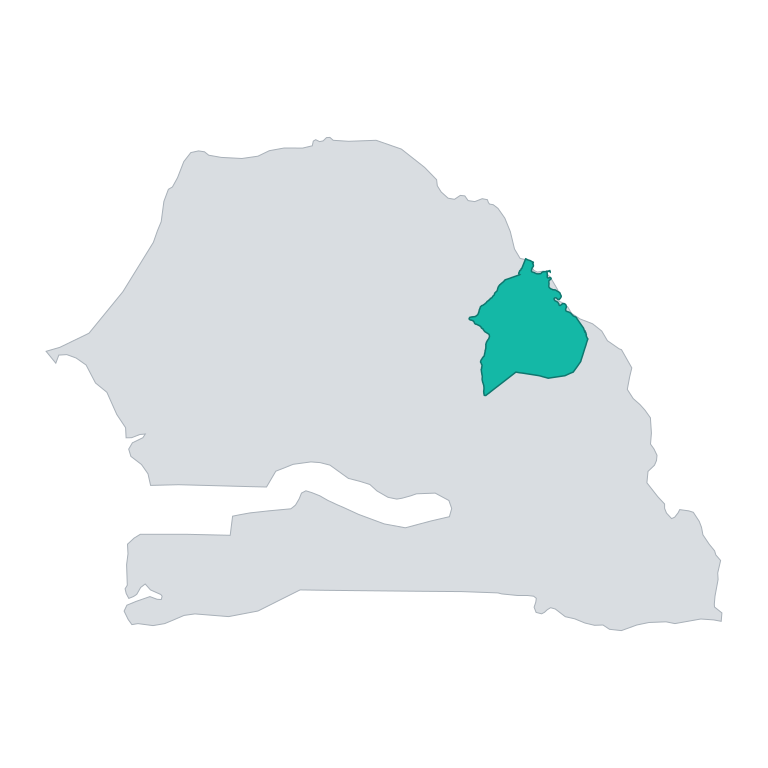 location of Kanel, Matam, Senegal
{"feature_id": "50182788B72122084264725", "entity_name": "Kanel", "entity_type": "district", "adm_level": 2, "iso_a3": "SEN", "parent_name": "Senegal", "parent_adm1": "Matam", "projection": "albers", "projection_center": [-13.164, 15.01], "detail": "fine", "context": "in_parent", "style": "filled", "palette": "teal", "viewbox_px": 768, "rotation_deg": 0, "n_neighbors": 0, "source": "geoboundaries", "source_scale": "gbopen_adm2", "svg_char_len": 8909}
<svg xmlns="http://www.w3.org/2000/svg" viewBox="0 0 768 768"><path d="M621.5,349.7L631.8,367.9L629.7,376.6L627.3,389.4L633.2,398.6L640.1,404.7L645.0,410.2L650.4,417.8L651.4,433.1L650.5,444.1L654.0,449.0L657.0,455.3L656.5,460.5L654.5,465.2L648.0,471.4L646.9,482.8L657.7,496.6L664.6,504.0L664.6,508.4L666.5,513.1L671.6,518.6L674.7,517.2L678.2,512.7L679.7,509.6L688.9,510.9L693.3,512.3L699.2,521.3L701.5,527.3L702.9,534.8L709.2,544.2L714.6,550.8L715.8,554.9L720.6,560.5L717.7,573.0L718.1,579.4L715.0,596.1L714.3,604.1L714.5,607.0L721.9,612.9L721.2,621.3L713.7,619.9L700.8,619.0L674.9,623.6L666.0,621.8L648.9,622.5L636.8,625.0L621.4,630.6L609.5,629.3L603.0,625.0L594.5,625.3L584.9,623.0L574.7,618.8L565.3,616.7L555.3,609.0L550.6,607.7L547.3,609.7L544.5,612.3L541.6,613.8L536.1,612.4L534.1,607.2L535.8,602.1L536.3,598.3L533.7,596.2L527.6,595.5L517.7,595.5L501.7,593.9L498.0,592.9L462.3,591.6L425.2,591.3L393.7,591.0L354.0,590.6L326.1,590.3L300.1,589.9L279.9,600.0L258.0,611.0L228.6,616.6L194.9,613.9L184.1,615.4L172.9,620.2L164.7,623.6L153.0,625.6L138.0,623.6L131.9,624.6L128.2,619.5L124.1,611.1L126.9,605.2L136.1,601.4L149.9,596.6L157.1,599.3L161.3,599.5L162.1,596.2L160.8,594.5L150.5,589.9L145.2,584.0L140.7,587.4L136.7,594.4L133.5,596.5L128.8,598.4L126.2,593.5L125.1,588.8L127.3,585.2L126.6,564.7L128.0,553.8L127.5,544.2L134.1,538.1L140.3,534.3L164.4,534.3L186.7,534.3L208.3,534.8L230.2,535.3L232.6,516.2L239.5,514.8L250.0,512.9L269.3,510.8L290.9,508.8L295.5,505.1L299.2,498.8L301.5,493.1L305.9,490.8L312.0,492.7L319.8,495.8L328.0,500.5L337.3,504.8L343.6,507.5L358.6,514.4L384.2,523.9L405.3,527.8L430.9,521.0L449.4,516.7L451.7,508.5L448.9,500.5L435.2,493.1L416.5,493.8L410.8,495.8L402.1,498.2L396.8,499.1L388.0,497.3L376.9,490.9L369.9,484.5L360.1,481.4L348.4,478.4L329.9,465.1L320.1,462.6L310.9,461.9L293.2,464.3L275.8,471.2L266.5,487.0L249.2,486.6L212.4,485.6L178.5,484.7L150.6,485.4L148.0,473.8L141.5,464.5L130.9,456.4L128.7,449.1L132.4,442.8L142.9,437.7L145.3,434.0L139.8,434.5L131.6,437.7L126.1,437.8L125.6,427.7L116.8,414.5L106.9,392.3L95.5,383.0L86.1,365.0L76.1,358.0L66.8,354.6L58.8,355.1L55.8,363.2L46.1,351.3L59.7,347.4L89.0,333.2L122.9,291.7L153.4,242.3L157.5,230.6L161.2,221.7L163.9,201.4L168.4,189.3L172.4,187.0L177.5,177.8L183.8,161.6L190.8,152.6L198.5,150.9L204.5,151.8L208.7,155.2L221.2,157.4L241.9,158.5L257.9,156.2L269.3,150.7L284.2,148.0L302.6,148.1L312.3,145.8L313.3,141.1L315.7,139.7L319.5,141.6L323.1,140.9L326.5,137.6L329.9,137.4L333.2,140.3L348.6,141.3L376.1,140.3L401.4,149.1L424.6,167.4L436.6,179.7L437.3,185.8L441.2,192.0L448.1,198.2L454.5,199.3L460.3,195.4L464.8,195.9L468.1,200.6L474.8,201.6L482.2,198.7L487.4,199.7L488.4,202.6L489.6,204.1L493.2,204.7L498.0,208.4L504.8,218.1L510.3,231.6L514.5,249.0L520.1,258.4L527.1,260.0L531.2,263.6L532.0,267.7L534.0,270.5L537.4,272.1L543.3,271.1L550.2,277.0L557.7,289.7L558.8,295.5L557.7,298.6L558.1,300.8L563.1,303.0L567.8,307.1L571.6,313.4L579.9,318.9L592.6,323.8L601.8,331.1L607.4,340.7L619.1,348.8L621.5,349.7Z" fill="#d9dde1" stroke="#a8b0b8" stroke-width="1"/><path d="M579.3,322.1L576.7,318.3L576.5,317.7L576.3,317.5L575.1,316.7L573.9,316.3L573.4,316.0L573.0,315.7L572.5,315.1L571.9,314.5L571.1,313.5L569.9,312.6L569.4,312.3L567.8,311.7L566.7,311.4L566.0,310.9L565.8,310.6L565.7,310.2L565.6,309.5L566.0,308.0L566.4,307.1L566.4,306.9L566.3,306.3L565.8,304.8L565.6,304.5L565.5,304.4L564.9,304.0L564.2,303.6L563.6,303.6L562.9,303.7L562.4,303.8L562.1,304.0L560.4,305.4L559.9,305.5L559.5,305.4L559.2,305.2L559.0,304.9L559.0,304.5L558.7,303.5L558.2,302.9L557.5,302.1L556.5,301.4L555.7,301.1L555.0,300.7L554.3,299.8L554.1,299.1L554.1,298.5L554.4,298.2L554.7,298.0L555.6,297.8L556.3,297.9L557.0,298.6L557.7,299.3L558.1,299.4L559.0,299.5L559.4,299.5L559.5,299.3L559.6,299.0L559.8,298.8L560.1,298.5L560.8,297.5L561.2,296.7L561.2,296.0L561.1,295.7L560.4,294.3L559.9,292.9L559.5,292.5L558.5,291.8L557.2,291.1L555.9,290.2L555.2,289.9L552.8,289.7L551.9,289.2L550.7,288.8L549.5,287.8L549.1,287.3L548.8,286.5L548.8,285.7L548.9,285.1L549.0,283.7L549.0,283.2L548.8,282.1L548.9,281.0L549.1,280.6L550.0,279.8L550.6,279.4L550.9,279.0L551.0,278.7L551.1,278.4L550.9,278.0L550.3,277.6L549.5,277.7L548.3,278.0L548.0,278.0L547.6,277.8L547.3,277.4L547.2,277.1L547.2,276.8L547.3,275.0L547.3,273.9L547.0,272.8L547.2,271.8L547.6,271.7L548.2,271.4L548.7,271.2L549.0,271.4L549.6,271.5L549.9,271.8L550.2,272.0L550.2,271.4L550.1,271.2L549.8,271.1L549.6,270.9L549.8,270.8L549.8,270.6L549.5,270.6L548.6,271.0L548.3,271.0L547.9,271.1L547.8,271.5L547.6,271.5L547.4,271.5L547.1,271.2L546.7,271.1L546.2,271.4L545.5,271.6L545.3,271.6L544.6,271.6L543.2,271.8L542.6,272.0L541.8,272.5L541.5,272.8L541.1,273.4L540.9,273.5L540.4,273.7L539.8,273.7L538.2,273.9L537.1,273.8L536.2,273.6L534.9,273.0L534.5,272.7L534.0,272.5L533.4,272.3L532.5,272.1L532.1,271.9L531.6,271.6L531.5,271.4L531.4,270.8L531.6,270.4L531.7,269.2L531.9,268.6L532.2,267.9L533.2,266.5L533.4,266.1L533.4,265.7L533.4,265.1L533.2,264.5L533.1,264.3L532.7,263.7L532.6,263.3L533.0,263.1L533.3,262.9L533.3,262.7L533.3,262.3L533.0,262.0L531.8,261.6L531.3,261.2L530.2,260.6L527.6,259.8L526.4,259.1L526.4,259.3L526.5,259.4L526.8,259.5L526.7,259.5L526.2,259.3L525.9,259.0L525.6,258.9L521.8,268.4L521.5,268.5L521.4,268.6L521.1,268.9L520.8,270.0L520.4,270.4L520.1,270.4L519.9,270.5L519.7,270.8L519.6,271.0L519.3,271.9L519.3,272.1L519.0,272.4L518.8,272.9L518.7,273.5L518.9,274.0L519.8,274.6L519.6,274.7L519.4,274.9L518.7,275.1L516.4,275.9L515.9,276.1L514.4,276.6L513.1,277.1L511.8,277.5L509.5,278.4L509.1,278.5L506.8,279.3L506.4,279.4L505.0,279.9L504.7,280.4L504.3,280.7L504.2,280.9L504.0,281.1L503.6,281.6L501.4,283.4L501.2,283.7L500.9,283.8L500.4,284.4L499.7,284.8L499.5,285.3L499.2,285.5L499.0,285.9L498.5,286.5L497.8,288.2L497.2,290.6L497.0,290.8L496.8,291.2L496.1,291.7L495.6,292.3L495.2,292.6L494.9,292.9L494.5,293.8L494.4,294.5L494.1,295.1L493.9,295.3L493.4,295.6L492.8,296.3L491.9,297.7L491.6,298.0L491.4,298.0L491.1,298.2L490.6,298.3L490.4,298.4L490.1,299.1L489.8,299.4L489.4,299.6L489.2,299.8L489.1,300.1L488.8,300.2L488.5,300.6L488.1,300.8L487.7,301.1L487.4,301.2L486.9,301.7L486.5,302.4L485.8,303.1L485.4,303.3L485.2,303.5L485.0,303.8L483.7,304.7L483.5,304.8L483.3,305.0L482.9,305.2L482.7,305.4L481.8,305.6L480.8,306.5L480.5,306.9L480.4,306.9L480.3,307.0L480.1,308.2L479.9,308.4L479.7,308.9L479.6,309.4L479.4,309.5L479.2,310.5L479.0,311.1L479.0,311.4L478.9,311.9L478.6,312.3L478.7,312.6L477.9,314.3L477.8,314.5L477.7,314.7L477.3,315.1L476.6,315.5L476.0,316.1L475.5,316.3L475.2,316.6L474.8,316.7L474.3,316.6L472.8,316.9L472.6,316.8L472.3,316.9L472.0,317.0L471.9,316.9L471.7,317.0L471.2,317.0L470.9,317.1L470.6,317.2L469.9,317.3L469.7,317.7L469.5,317.8L469.2,318.3L469.1,318.8L469.3,319.3L469.6,319.5L469.8,319.7L470.1,319.9L471.2,320.2L471.5,320.1L472.3,320.5L472.6,320.6L472.8,320.6L473.1,320.9L473.3,321.2L473.6,321.3L474.1,322.0L474.4,322.9L474.6,323.3L475.4,324.1L476.5,324.3L476.8,324.4L477.1,324.6L477.5,324.7L478.4,325.3L479.4,325.6L479.7,325.8L479.9,326.1L480.5,326.4L480.7,326.7L481.0,327.0L481.2,327.4L481.6,327.9L481.5,328.0L481.8,328.3L483.0,328.9L483.1,329.4L483.6,330.0L484.1,330.8L484.7,331.4L485.0,331.8L485.3,332.0L486.1,332.4L487.4,333.3L488.1,333.7L489.1,334.4L489.3,335.2L489.5,336.4L489.4,336.9L489.3,337.1L489.1,337.7L488.9,338.2L488.7,338.8L488.2,339.4L487.4,340.5L486.8,341.7L486.4,342.3L486.3,343.0L485.8,344.3L485.9,345.7L485.8,346.2L485.9,346.4L485.8,347.8L485.9,348.2L485.6,348.8L485.4,350.1L485.2,350.4L485.1,350.8L485.2,351.4L485.1,351.6L485.0,352.0L484.8,353.1L484.6,353.6L484.4,355.0L484.2,355.7L484.2,356.0L484.0,356.3L483.7,356.4L483.2,356.9L483.0,357.3L482.4,358.0L482.0,358.8L481.2,359.9L481.0,360.4L480.6,361.3L480.6,361.9L480.6,362.3L481.1,363.0L481.4,363.7L481.5,364.2L481.8,364.7L482.0,365.1L482.0,365.9L481.8,366.7L481.8,367.3L481.6,367.6L481.7,368.0L481.6,368.3L481.6,368.7L481.2,369.3L481.2,369.8L481.3,370.2L481.4,370.8L481.5,372.0L481.7,372.9L481.9,374.4L482.3,376.1L482.3,376.9L482.1,379.0L482.2,380.0L482.7,382.2L482.9,382.8L483.2,383.5L483.4,384.4L483.7,385.2L483.8,385.9L484.0,387.9L484.0,388.1L483.9,390.0L483.7,391.1L483.7,392.0L483.9,392.7L483.8,393.2L483.9,393.6L484.1,394.2L484.1,395.0L484.4,395.4L485.8,395.5L487.4,394.2L489.1,393.0L490.8,391.6L495.8,387.7L504.1,381.3L515.9,372.1L519.2,372.7L522.6,373.1L538.6,375.6L540.8,376.1L542.7,376.7L545.4,377.4L548.2,378.2L550.8,377.8L565.0,375.7L570.4,373.2L573.2,372.1L577.0,366.9L580.6,361.7L580.8,361.3L581.2,359.8L582.7,355.2L584.7,348.7L585.8,345.5L586.7,342.3L587.7,339.4L587.9,339.0L587.8,338.8L587.4,338.3L587.3,338.1L586.9,337.4L586.7,336.8L586.5,336.6L586.3,336.1L586.3,335.7L586.2,335.3L586.3,335.0L586.2,334.9L586.3,334.6L586.1,334.3L586.1,333.9L585.8,332.9L585.8,332.7L585.6,332.5L584.9,332.2L584.9,331.9L585.2,331.6L585.0,331.4L584.8,331.4L584.6,331.2L584.6,330.9L584.8,330.7L584.1,330.1L584.0,329.8L584.0,329.3L583.8,329.0L583.6,328.2L579.3,322.1Z" fill="#14b8a6" stroke="#0f766e" stroke-width="1.5"/></svg>